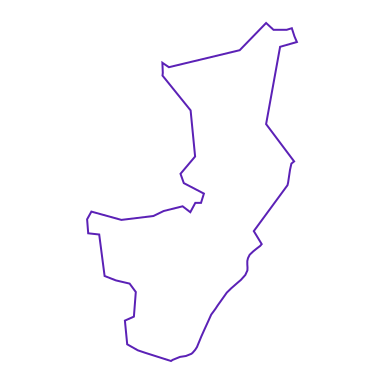 Maynard Hill, Castries, Saint Lucia (Mercator projection)
{"feature_id": "8701671B31339536458012", "entity_name": "Maynard Hill", "entity_type": "district", "adm_level": 2, "iso_a3": "LCA", "parent_name": "Saint Lucia", "parent_adm1": "Castries", "projection": "mercator", "projection_center": [-60.99, 14.003], "detail": "fine", "context": "isolated", "style": "outline", "palette": "violet", "viewbox_px": 384, "rotation_deg": 0, "n_neighbors": 0, "source": "geoboundaries", "source_scale": "gbopen_adm2", "svg_char_len": 1046}
<svg xmlns="http://www.w3.org/2000/svg" viewBox="0 0 384 384"><path d="M294.1,161.4L266.1,124.1L280.1,46.8L296.9,42.0L294.5,36.5L291.8,28.2L286.7,29.8L273.5,29.8L266.1,23.0L239.7,50.2L168.9,67.2L162.4,62.8L162.8,72.9L162.5,75.6L163.0,76.2L190.6,110.4L195.1,156.5L180.5,173.8L183.8,183.1L203.9,193.6L201.0,202.9L195.3,202.9L190.3,212.2L182.6,206.3L163.7,211.0L153.4,216.0L121.4,219.9L91.4,211.6L87.1,219.3L88.2,233.3L99.2,234.5L104.6,276.0L115.9,280.4L129.6,283.6L135.8,292.0L133.9,316.6L124.9,320.6L127.2,344.3L137.8,350.3L145.2,352.8L171.0,361.0L172.6,359.9L180.0,356.9L185.9,356.0L191.4,353.8L192.6,352.8L195.2,349.8L197.0,347.0L197.8,345.0L200.0,339.7L201.3,336.5L203.9,330.7L208.1,321.5L211.2,314.6L215.4,308.9L217.7,305.4L222.9,298.1L226.8,292.6L231.2,288.3L238.2,282.2L240.8,280.0L245.3,275.0L247.4,270.4L247.5,267.6L247.3,264.4L247.3,261.0L248.0,258.1L249.7,254.7L253.3,251.3L256.9,248.4L260.2,245.9L261.7,244.1L253.8,231.1L287.5,185.2L288.1,182.6L290.0,169.9L291.4,163.6L294.1,161.4Z" fill="none" stroke="#5b21b6" stroke-width="2"/></svg>